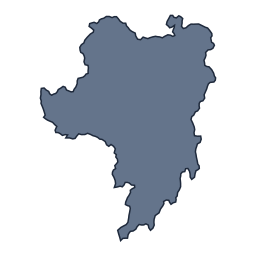 outline of Guaçuí, Espírito Santo, Brazil
{"feature_id": "56859067B34703696458597", "entity_name": "Guaçuí", "entity_type": "district", "adm_level": 2, "iso_a3": "BRA", "parent_name": "Brazil", "parent_adm1": "Espírito Santo", "projection": "mercator", "projection_center": [-41.708, -20.791], "detail": "fine", "context": "isolated", "style": "filled", "palette": "slate", "viewbox_px": 256, "rotation_deg": 0, "n_neighbors": 0, "source": "geoboundaries", "source_scale": "gbopen_adm2", "svg_char_len": 3813}
<svg xmlns="http://www.w3.org/2000/svg" viewBox="0 0 256 256"><path d="M211.8,33.5L209.6,30.4L207.6,28.0L205.2,27.2L202.2,25.7L198.7,24.0L195.8,24.1L193.4,24.2L191.0,24.1L188.4,25.6L186.0,27.8L183.4,28.5L181.5,26.4L182.1,23.1L182.1,20.9L182.7,18.5L180.7,16.7L178.8,15.8L176.3,17.9L173.9,17.3L172.7,15.4L170.4,15.4L169.0,18.1L167.1,21.5L166.4,24.5L168.4,26.2L169.7,27.8L171.9,27.1L174.5,25.3L174.2,27.5L173.3,29.6L172.6,31.9L174.0,33.4L174.8,35.5L172.8,36.4L170.6,35.2L167.8,34.8L164.4,36.5L162.4,37.8L159.6,36.9L157.5,36.7L155.5,36.3L152.6,36.9L149.7,37.8L147.9,38.6L145.6,38.0L143.1,37.1L140.6,39.7L137.6,39.2L135.7,35.9L135.2,33.1L131.6,31.3L129.6,29.7L128.3,27.8L126.5,25.9L125.7,23.2L123.0,23.2L120.2,21.3L118.2,18.6L116.5,16.7L114.2,16.7L112.1,17.6L109.3,16.5L106.3,16.5L103.8,18.2L101.3,18.9L99.4,20.0L98.7,21.9L96.8,23.5L94.1,22.3L91.9,22.9L89.7,23.6L89.1,26.4L91.2,27.9L93.7,30.0L93.3,32.2L90.4,34.0L87.3,37.2L84.8,40.2L83.9,42.9L81.4,44.7L79.8,47.3L80.1,50.3L80.8,52.4L82.9,53.5L84.1,55.7L84.7,58.1L84.0,61.8L85.1,64.7L88.0,65.4L88.4,67.7L88.1,70.6L88.1,73.4L86.0,74.1L84.8,75.8L83.0,77.2L80.2,77.9L78.1,78.4L77.2,80.9L77.2,83.6L75.9,86.9L74.1,89.3L73.2,91.6L71.1,91.9L68.7,90.9L66.5,90.0L65.2,87.2L63.1,86.4L60.6,88.2L58.3,89.5L57.3,91.7L55.7,93.5L53.8,94.0L51.6,95.2L49.6,93.7L48.7,91.4L46.3,90.1L44.1,88.0L41.3,88.4L40.9,91.4L41.0,94.5L40.4,98.2L41.3,101.1L41.0,103.4L42.2,106.2L43.4,109.3L44.4,112.4L45.2,115.2L43.6,117.3L45.9,119.1L47.7,120.2L50.0,121.2L52.6,122.3L54.8,124.7L56.8,126.4L55.1,130.2L55.8,132.5L58.2,132.6L60.3,133.7L62.4,135.4L65.2,134.6L67.6,134.9L65.8,137.9L69.5,137.9L72.8,138.9L75.1,138.4L76.8,136.0L78.7,133.8L81.4,134.6L84.9,134.5L87.6,133.3L90.5,134.4L93.0,135.7L95.3,136.3L97.7,137.4L99.7,139.1L102.0,139.4L105.2,141.5L106.6,144.8L108.8,146.3L111.0,144.5L113.6,146.3L115.3,148.8L114.2,152.9L116.3,154.6L115.8,157.0L117.4,159.2L117.8,162.0L116.5,163.7L114.8,165.6L115.6,168.6L113.5,170.0L112.5,172.1L112.3,174.3L114.0,177.4L115.2,180.6L115.6,183.7L114.3,187.5L117.1,187.0L120.1,186.2L122.3,186.8L124.0,185.0L125.2,182.4L127.4,182.4L129.3,183.0L131.5,185.0L134.5,185.3L134.7,187.5L132.1,188.8L130.3,190.3L130.5,192.5L128.9,195.6L127.5,197.6L126.6,199.9L125.7,202.1L125.4,204.5L127.5,205.6L129.6,206.2L130.3,208.3L129.9,210.7L129.5,212.9L129.0,215.2L128.7,217.9L127.9,222.4L126.2,224.6L123.5,226.0L120.8,227.5L117.7,230.3L118.7,234.0L119.8,237.5L120.6,240.6L122.8,238.4L125.2,238.2L127.5,238.2L128.1,234.7L129.2,232.8L130.5,231.3L133.1,231.0L135.8,229.2L137.1,226.7L139.1,224.5L141.7,225.0L143.8,224.9L145.9,223.8L148.3,225.1L148.8,227.8L150.5,230.3L152.9,228.2L154.2,225.1L153.9,222.2L154.1,219.4L155.2,215.6L157.0,214.3L159.0,212.9L160.6,208.9L162.7,206.0L163.9,203.7L163.6,201.5L166.3,200.0L168.8,200.3L169.6,202.3L171.0,204.3L173.1,202.8L175.7,202.0L176.1,199.7L175.8,197.6L177.2,196.0L177.6,192.5L179.3,189.9L180.6,186.8L180.6,183.2L180.4,180.9L180.1,178.5L180.7,176.1L180.8,173.8L182.4,172.0L184.8,171.6L185.6,168.7L187.9,168.5L189.5,171.3L190.1,173.9L190.2,177.1L191.7,179.4L194.5,177.2L195.1,173.6L196.0,170.7L197.8,169.8L199.3,168.5L199.1,165.8L197.8,164.1L197.2,160.8L196.4,157.2L196.0,154.5L195.4,151.9L195.8,148.9L196.7,146.3L197.4,143.9L200.1,142.4L201.2,139.2L200.7,136.1L197.5,136.2L194.5,135.7L194.0,132.7L194.7,129.6L194.2,126.9L192.7,123.0L191.0,119.5L191.8,116.5L193.6,115.3L195.4,111.8L197.6,110.9L199.5,108.2L199.1,105.9L199.2,103.3L200.4,101.5L202.9,100.8L204.7,98.1L204.1,94.8L205.3,92.1L206.7,88.9L207.4,86.4L208.4,83.9L210.1,82.4L213.9,82.0L215.3,80.2L215.6,77.8L214.4,76.1L213.6,73.1L211.7,69.7L209.0,66.8L206.8,66.5L204.8,65.4L204.6,63.1L204.0,60.2L205.3,57.6L206.0,55.2L205.6,52.5L208.1,49.9L210.7,49.6L212.9,48.3L214.4,45.3L213.5,43.4L211.6,42.3L211.1,39.9L210.7,37.7L212.0,35.9L211.8,33.5Z" fill="#64748b" stroke="#1e293b" stroke-width="1.5"/></svg>